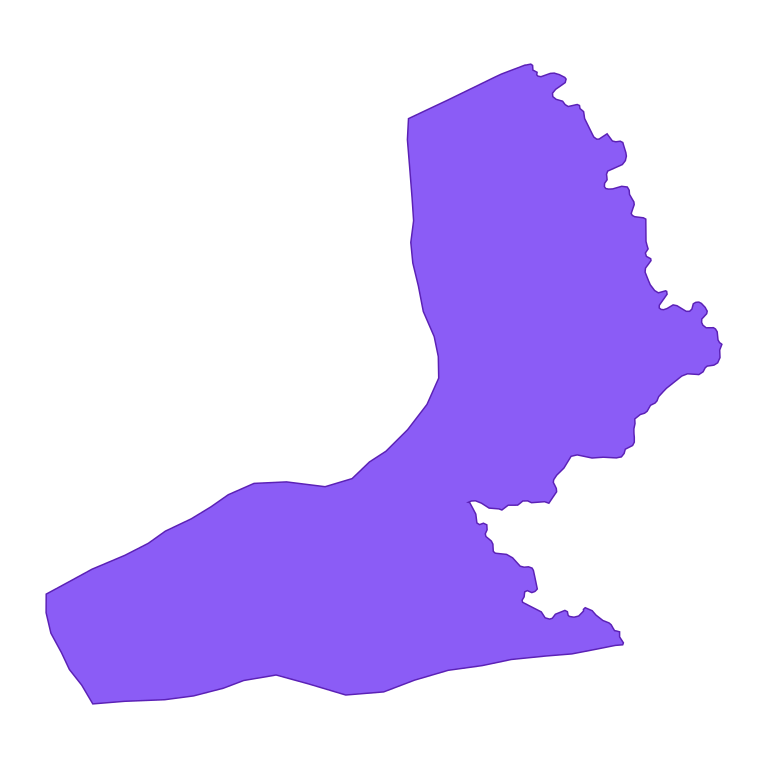 La Nya Pendé, Logone Oriental, Chad, rotated 270°
{"feature_id": "50815135B51143570982343", "entity_name": "La Nya Pendé", "entity_type": "district", "adm_level": 2, "iso_a3": "TCD", "parent_name": "Chad", "parent_adm1": "Logone Oriental", "projection": "robinson", "projection_center": [16.781, 7.997], "detail": "fine", "context": "isolated", "style": "filled", "palette": "violet", "viewbox_px": 768, "rotation_deg": 270, "n_neighbors": 0, "source": "geoboundaries", "source_scale": "gbopen_adm2", "svg_char_len": 4840}
<svg xmlns="http://www.w3.org/2000/svg" viewBox="0 0 768 768"><g transform="rotate(270 384 384)"><path d="M289.4,352.1L281.3,325.1L286.1,286.5L284.6,254.0L273.3,228.3L261.2,211.0L249.1,191.1L236.9,165.4L224.7,148.3L212.7,124.9L198.8,92.0L183.8,64.5L173.9,46.2L155.3,46.1L134.8,50.9L115.3,61.5L98.5,69.4L82.9,81.7L64.1,92.8L66.7,124.7L68.3,164.8L72.1,193.6L79.8,223.4L87.5,243.7L93.0,276.1L84.1,308.5L73.0,345.7L76.1,383.7L87.9,414.7L97.7,448.2L102.4,482.2L108.5,511.2L111.9,544.9L114.1,571.9L117.8,591.1L119.1,597.8L121.7,610.8L122.6,615.4L123.2,622.7L123.4,622.8L125.2,623.4L131.1,619.6L136.2,619.6L137.0,616.5L137.4,614.5L139.2,613.5L139.4,613.3L143.2,611.2L144.0,610.3L145.1,609.0L146.1,606.4L146.2,606.2L146.5,605.5L147.5,602.9L152.9,596.0L155.9,593.4L157.3,592.2L160.3,585.2L159.0,583.8L158.6,583.4L157.4,583.5L156.9,583.5L156.5,583.1L152.0,578.7L151.2,575.6L150.8,574.0L151.6,569.4L152.3,568.6L152.8,568.1L156.3,567.4L157.6,564.9L153.8,555.4L149.7,552.3L148.9,549.6L150.2,545.1L156.1,541.3L162.4,529.0L165.7,522.6L167.0,522.3L167.8,522.1L171.1,524.1L172.3,524.3L172.8,524.3L176.1,524.7L176.7,525.9L177.4,527.3L175.4,531.8L176.4,534.6L176.7,535.1L177.6,536.0L179.0,537.3L191.1,534.8L197.6,533.4L199.9,532.1L201.2,528.5L200.8,524.1L201.4,521.9L201.8,520.2L206.0,516.4L210.2,512.6L212.0,509.4L213.6,506.6L214.8,495.3L216.6,493.3L218.1,493.2L221.4,493.0L223.9,492.9L225.2,492.2L226.9,491.4L231.5,485.9L234.2,485.3L238.2,487.1L243.2,486.8L243.7,485.7L244.8,483.4L244.0,481.3L243.4,479.5L243.5,479.3L245.1,476.9L246.6,476.7L253.9,475.8L258.9,473.2L265.4,469.7L265.7,468.4L266.7,470.7L267.0,471.4L267.2,475.5L264.8,481.5L259.9,489.1L259.1,499.0L258.5,500.5L258.0,501.9L262.8,508.2L262.8,514.2L262.9,517.7L264.5,519.8L267.0,522.8L267.1,527.7L266.0,530.0L265.3,531.5L266.3,544.6L265.2,547.7L264.8,548.9L270.2,552.5L276.2,556.6L277.7,556.5L279.6,556.3L283.7,554.3L284.0,554.1L285.6,553.3L288.3,553.7L290.1,554.9L292.8,556.7L299.9,563.9L311.7,571.1L313.1,577.2L310.0,592.0L310.6,600.6L310.6,601.1L310.8,603.1L310.5,608.5L310.3,612.3L310.1,616.4L310.6,618.7L311.1,621.4L314.5,624.1L318.8,625.3L319.6,626.9L322.5,632.6L325.8,634.3L327.9,634.3L330.9,634.3L331.8,634.2L333.9,634.0L336.5,633.9L337.7,633.9L339.2,633.9L344.4,635.0L348.2,634.8L349.1,634.8L351.4,637.7L353.5,640.3L354.8,644.6L356.7,647.1L362.7,650.5L363.6,652.3L364.2,653.5L364.9,655.0L367.1,657.0L369.5,657.9L371.4,658.7L376.1,663.0L379.6,666.3L391.9,681.7L392.5,683.1L394.2,687.5L393.6,696.8L393.4,698.8L396.2,703.1L400.2,705.2L401.9,707.2L402.5,711.5L402.6,712.3L402.9,714.0L403.5,715.0L405.2,717.7L408.2,719.0L409.9,719.8L410.4,720.0L412.9,719.9L418.0,719.7L423.7,721.9L424.7,720.6L425.3,719.6L428.1,718.0L436.2,717.2L438.3,715.9L439.0,715.5L439.5,714.7L440.3,713.5L440.2,706.2L442.9,702.8L443.0,702.8L443.7,702.5L445.6,701.6L449.0,701.8L453.3,705.8L454.3,706.7L456.9,707.2L459.2,705.9L460.6,705.2L464.6,701.4L465.5,699.6L465.9,698.9L465.8,697.1L465.6,695.6L464.6,694.0L464.2,693.3L458.9,691.9L457.2,690.1L456.7,689.6L456.7,687.5L456.7,686.2L458.7,682.9L462.3,677.0L462.4,676.6L463.1,673.1L459.5,667.1L458.3,663.6L458.6,661.0L460.1,659.2L462.5,659.3L462.9,659.4L473.8,667.1L474.9,666.9L476.6,666.7L477.2,665.6L475.6,659.9L475.2,658.3L477.5,654.6L479.9,652.8L483.3,650.2L485.0,649.5L487.3,648.5L494.6,645.6L495.8,645.1L496.9,645.2L499.9,645.5L503.8,648.4L507.4,651.0L509.3,650.7L510.8,647.9L511.6,646.4L515.0,645.4L519.1,648.1L522.7,647.0L526.6,646.0L548.9,645.8L550.2,643.4L551.3,634.6L551.6,634.1L552.6,632.3L553.7,631.7L554.0,631.5L554.5,631.2L559.9,633.0L563.3,634.2L565.2,634.0L566.1,633.9L568.6,632.4L573.6,629.5L577.7,629.2L578.3,628.9L581.0,627.3L581.7,621.7L579.8,615.1L579.1,612.7L578.9,608.6L579.5,605.7L581.4,604.4L584.7,604.6L585.4,605.1L588.2,607.1L591.5,606.8L593.7,606.5L596.9,607.7L600.3,615.3L602.9,621.1L603.3,621.9L603.4,622.3L607.4,625.4L607.6,625.4L611.9,626.4L613.7,626.1L615.2,625.9L621.4,624.0L625.5,622.8L626.3,621.2L626.8,620.3L626.2,615.8L627.0,612.4L633.2,607.8L634.2,607.1L629.8,600.4L628.9,599.1L628.9,598.5L628.8,596.8L631.0,593.8L633.7,592.4L649.5,584.6L653.1,584.1L656.4,583.6L658.2,581.5L659.4,580.0L662.5,579.5L663.5,577.2L663.4,576.7L661.5,568.2L663.4,565.1L666.0,563.2L666.8,562.6L668.7,556.1L671.4,552.8L672.6,552.7L674.8,552.5L678.0,555.1L678.7,555.7L685.4,565.2L687.8,565.8L688.9,566.1L690.6,564.8L693.4,559.3L694.0,557.2L694.9,554.2L694.6,550.3L692.2,543.5L691.3,541.0L691.6,539.3L691.9,537.9L692.9,537.0L693.2,536.7L695.7,537.1L697.1,534.5L697.9,532.9L699.8,532.8L702.6,532.6L703.9,530.8L703.3,527.7L702.8,525.5L703.0,525.2L696.2,507.3L693.9,501.3L690.9,494.9L667.8,447.5L649.4,408.5L628.3,407.4L597.7,409.9L569.8,412.1L547.3,413.6L525.6,410.8L505.0,412.8L481.9,418.4L456.5,423.3L431.4,434.2L411.4,438.3L389.9,438.7L363.6,427.0L338.3,407.6L316.8,386.0L306.1,369.5L289.4,352.1Z" fill="#8b5cf6" stroke="#5b21b6" stroke-width="1.5"/></g></svg>